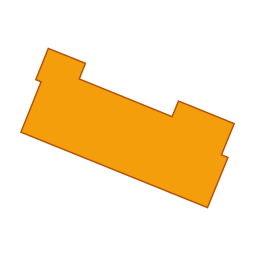 outline of Bottineau, North Dakota, United States of America, rotated 202°
{"feature_id": "52423323B86057678992941", "entity_name": "Bottineau", "entity_type": "district", "adm_level": 2, "iso_a3": "USA", "parent_name": "United States of America", "parent_adm1": "North Dakota", "projection": "robinson", "projection_center": [-100.84, 48.772], "detail": "fine", "context": "isolated", "style": "filled", "palette": "amber", "viewbox_px": 256, "rotation_deg": 202, "n_neighbors": 0, "source": "geoboundaries", "source_scale": "gbopen_adm2", "svg_char_len": 414}
<svg xmlns="http://www.w3.org/2000/svg" viewBox="0 0 256 256"><g transform="rotate(202 128 128)"><path d="M91.3,171.9L91.3,155.0L191.6,155.2L191.7,172.0L211.6,172.0L231.7,171.9L231.6,138.3L225.9,138.3L225.7,84.0L187.6,84.0L187.3,84.0L128.1,84.0L113.0,84.0L81.2,84.0L68.9,84.0L62.0,84.0L30.4,84.0L24.5,84.0L24.3,138.1L31.3,138.1L31.2,171.8L91.3,171.9Z" fill="#f59e0b" stroke="#b45309" stroke-width="1.5"/></g></svg>